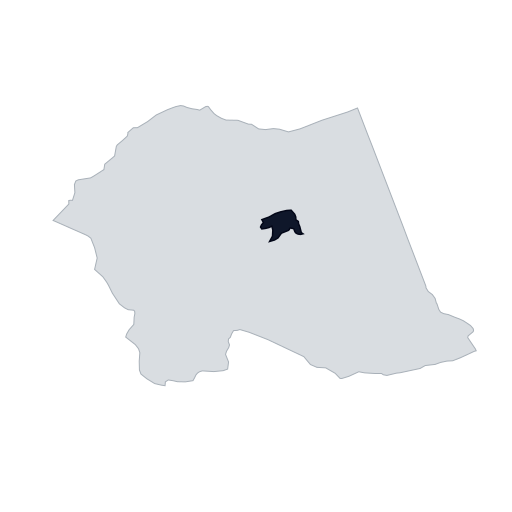 location of Luweero within Uganda, rotated 249°
{"feature_id": "UGA-3092", "entity_name": "Luweero", "entity_type": "County", "adm_level": 1, "iso_a3": "UGA", "parent_name": "Uganda", "parent_adm1": "", "projection": "albers", "projection_center": [32.54, 0.844], "detail": "fine", "context": "in_parent", "style": "filled", "palette": "ink", "viewbox_px": 512, "rotation_deg": 249, "n_neighbors": 0, "source": "natural_earth", "source_scale": "10m", "svg_char_len": 2868}
<svg xmlns="http://www.w3.org/2000/svg" viewBox="0 0 512 512"><g transform="rotate(249 256 256)"><path d="M357.8,403.8L351.0,403.8L339.9,403.8L328.9,403.8L317.8,403.9L306.8,403.9L295.7,403.9L284.6,403.9L273.6,403.9L262.5,403.9L251.5,403.9L240.4,403.9L229.3,403.9L218.3,403.8L207.2,403.8L196.2,403.8L185.1,403.8L174.0,403.8L167.5,403.8L166.2,403.6L165.3,403.3L161.1,404.1L156.8,406.8L152.2,408.0L147.3,407.5L146.7,407.8L144.2,407.7L140.6,407.5L137.4,408.2L134.9,410.6L132.3,414.7L127.8,419.4L124.2,423.5L121.2,426.4L114.3,431.3L110.5,432.7L108.7,432.5L107.5,431.6L105.4,425.4L104.0,424.4L90.6,427.5L88.6,427.6L88.8,425.6L87.8,411.0L87.7,402.1L89.5,396.5L90.5,390.1L90.6,384.4L93.1,374.7L92.2,368.9L95.4,348.5L96.3,345.2L97.6,335.4L99.5,332.3L101.3,331.1L103.6,325.1L108.0,315.5L111.1,310.5L110.4,299.6L110.9,292.2L111.6,290.6L118.1,287.9L126.6,281.0L130.2,273.0L135.2,267.9L144.9,264.6L173.8,237.0L187.3,222.2L193.1,214.6L193.3,211.8L194.4,208.3L192.1,205.4L189.3,202.9L188.4,200.6L186.0,199.4L182.5,199.4L180.3,197.7L177.7,194.4L175.1,192.3L166.9,192.4L160.6,189.0L160.7,184.3L163.2,175.2L168.0,164.7L168.2,161.8L167.6,159.3L166.4,157.2L164.3,155.0L162.2,152.5L163.8,145.0L166.8,137.6L169.3,133.9L171.7,129.7L171.0,126.3L167.5,124.6L169.4,121.3L173.2,115.7L180.5,110.1L187.0,106.3L191.3,106.3L199.7,109.3L207.3,112.9L211.5,113.1L216.5,111.6L227.0,105.3L229.5,107.3L232.6,111.1L235.9,117.4L242.5,120.3L245.7,122.3L247.9,122.9L249.2,122.4L251.7,117.4L254.7,114.7L260.3,111.3L272.7,108.6L281.5,107.8L285.2,107.2L291.4,105.6L301.3,100.5L311.0,107.0L321.6,108.3L331.8,108.2L334.9,106.3L336.7,104.7L347.4,93.9L361.9,79.3L371.6,99.9L374.9,101.1L374.5,102.9L373.7,104.6L380.0,109.6L387.8,112.1L390.6,114.7L390.8,117.4L388.2,129.5L388.7,132.9L391.2,145.0L395.9,147.7L400.0,159.8L408.4,164.9L409.5,166.4L411.5,172.3L414.0,178.7L416.0,180.2L417.2,180.6L419.7,187.4L418.3,191.3L420.3,202.9L423.4,213.4L424.3,225.8L424.3,231.3L424.2,234.7L423.5,239.4L422.0,242.1L419.4,244.8L416.4,249.0L413.9,253.5L412.3,255.7L413.5,262.5L413.2,264.2L412.5,265.1L408.8,266.1L403.9,267.9L401.0,269.7L396.9,273.1L393.6,276.8L389.2,287.7L381.8,296.2L380.6,299.0L373.7,304.0L370.6,310.2L368.7,317.9L366.0,323.3L360.2,330.8L358.9,342.7L359.1,366.3L357.6,393.2L357.8,403.8Z" fill="#d9dde1" stroke="#a8b0b8" stroke-width="1"/><path d="M281.4,270.6L283.1,272.3L284.5,274.9L287.9,274.5L287.7,281.9L288.7,289.2L288.4,294.9L287.5,301.0L286.2,305.2L281.1,307.1L278.2,307.1L275.5,306.2L273.1,307.9L270.8,307.3L267.7,307.4L261.8,306.7L260.9,307.1L259.9,307.8L260.2,305.3L261.4,303.1L262.4,302.1L263.5,301.3L264.9,301.0L266.5,301.0L267.7,301.1L268.4,300.4L269.0,299.3L269.9,298.3L269.6,297.3L268.8,296.6L268.3,295.5L268.2,287.9L265.0,283.0L264.3,279.1L264.7,273.9L268.6,278.5L274.2,281.0L278.2,281.5L277.9,278.4L278.4,274.5L279.2,271.1L281.4,270.6Z" fill="#0f172a" stroke="#020617" stroke-width="1.5"/></g></svg>